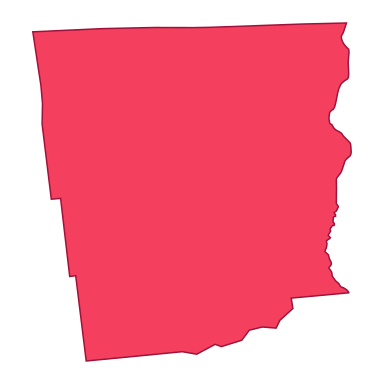 Clinton, New York, United States of America (Natural Earth projection)
{"feature_id": "52423323B88569310946047", "entity_name": "Clinton", "entity_type": "district", "adm_level": 2, "iso_a3": "USA", "parent_name": "United States of America", "parent_adm1": "New York", "projection": "natural_earth1", "projection_center": [-73.439, 44.72], "detail": "fine", "context": "isolated", "style": "filled", "palette": "rose", "viewbox_px": 384, "rotation_deg": 0, "n_neighbors": 0, "source": "geoboundaries", "source_scale": "gbopen_adm2", "svg_char_len": 1653}
<svg xmlns="http://www.w3.org/2000/svg" viewBox="0 0 384 384"><path d="M86.2,361.0L182.3,351.7L196.7,354.2L215.2,344.3L221.4,346.6L241.8,340.2L249.3,330.2L262.2,327.0L276.1,328.1L279.9,320.3L292.9,308.5L291.2,298.1L348.7,292.8L348.7,292.1L346.7,289.8L343.5,287.8L341.1,286.9L340.4,286.4L338.9,283.7L338.2,283.1L335.6,280.8L332.3,276.2L331.7,272.3L330.7,270.5L328.9,268.1L328.9,267.4L330.7,265.5L331.2,264.5L331.4,263.5L331.1,262.1L329.4,258.8L328.4,254.8L325.2,251.9L325.0,251.2L325.1,250.5L326.3,248.1L326.7,246.2L327.0,243.8L326.4,241.2L326.6,240.7L329.8,238.4L330.4,237.7L328.2,235.3L330.6,231.1L330.6,230.6L330.2,229.8L330.1,228.9L332.4,225.6L332.9,225.4L334.0,225.5L334.4,225.0L334.3,223.4L333.0,221.9L333.4,217.1L333.8,216.8L335.6,216.2L335.5,214.6L334.4,213.2L334.2,212.5L336.4,211.0L338.3,206.9L338.3,206.4L336.3,203.5L336.5,188.8L336.3,179.4L337.1,177.4L339.9,174.0L341.4,171.6L344.0,164.0L344.8,161.3L346.1,159.4L350.0,156.0L350.9,154.2L351.2,152.1L350.8,146.0L350.6,144.3L350.1,142.9L343.3,136.0L341.8,133.7L341.2,133.1L339.7,132.0L336.2,130.2L334.4,128.6L333.6,127.7L331.8,124.5L330.3,123.9L329.9,123.5L329.0,119.4L329.0,117.2L329.7,112.4L331.6,110.3L333.3,109.3L334.7,106.8L335.9,102.0L337.8,92.4L338.7,89.1L339.7,86.7L340.6,84.8L341.7,83.2L344.4,80.9L346.7,79.4L347.5,78.9L348.5,77.2L348.7,73.4L348.2,62.2L349.0,52.3L348.8,49.8L348.6,49.2L345.8,46.5L343.3,43.2L342.1,40.6L341.5,38.6L341.3,36.7L341.8,35.1L343.3,32.6L346.5,23.0L303.3,24.0L210.6,27.3L194.2,27.6L154.1,27.5L102.9,28.6L32.8,31.8L40.9,85.4L42.5,103.6L42.1,124.1L51.3,199.2L60.6,198.4L69.7,276.5L75.7,275.7L86.2,361.0Z" fill="#f43f5e" stroke="#9f1239" stroke-width="1.5"/></svg>